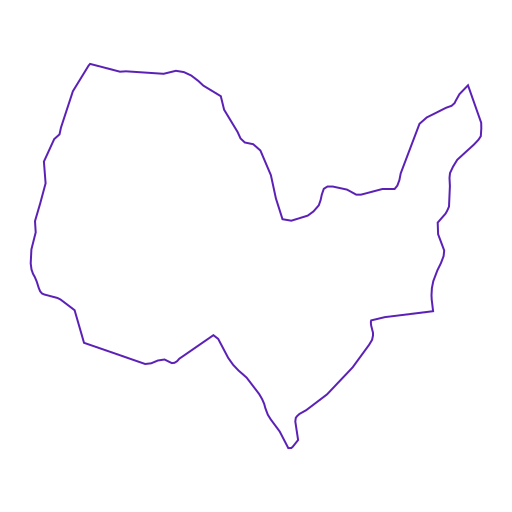 the Province of Kabul
{"feature_id": "AFG-1767", "entity_name": "Kabul", "entity_type": "Province", "adm_level": 1, "iso_a3": "AFG", "parent_name": "Afghanistan", "parent_adm1": "", "projection": "natural_earth1", "projection_center": [69.432, 34.519], "detail": "fine", "context": "isolated", "style": "outline", "palette": "violet", "viewbox_px": 512, "rotation_deg": 0, "n_neighbors": 0, "source": "natural_earth", "source_scale": "10m", "svg_char_len": 1706}
<svg xmlns="http://www.w3.org/2000/svg" viewBox="0 0 512 512"><path d="M468.0,85.3L481.2,122.8L481.3,128.6L480.8,136.2L478.5,139.7L474.1,144.4L457.3,159.7L453.0,166.7L450.0,173.1L449.5,177.9L449.9,186.0L449.0,206.6L447.1,210.9L445.5,213.7L437.7,222.6L438.1,234.2L444.2,250.5L443.6,256.1L440.9,263.2L437.4,270.3L433.3,281.1L431.9,288.1L431.5,295.2L431.7,299.5L433.1,311.2L385.0,317.1L371.2,320.4L370.9,321.5L370.9,323.3L371.2,325.7L373.0,332.8L373.0,335.5L372.1,339.8L369.1,344.8L352.6,367.4L327.0,394.4L306.3,410.1L299.5,413.9L297.1,416.1L295.8,417.8L295.3,421.5L298.1,440.0L292.7,446.8L291.3,448.0L288.3,448.1L279.7,431.5L270.8,419.5L267.8,414.7L265.3,408.0L264.2,403.9L262.1,399.1L259.2,394.1L246.6,377.6L238.5,370.5L233.1,364.8L228.2,357.9L218.2,338.9L213.4,335.2L179.3,358.7L177.1,361.2L174.5,362.8L171.8,363.1L164.5,359.5L157.9,360.5L151.2,363.3L145.2,364.0L84.0,342.8L81.8,335.1L74.6,310.2L60.5,299.5L57.5,298.0L44.3,294.5L42.0,293.5L40.2,291.4L38.8,288.1L36.7,281.5L34.8,277.0L33.0,273.8L31.5,269.5L30.7,263.4L31.4,249.4L35.7,232.4L35.0,221.1L40.2,203.4L45.6,183.3L43.9,161.6L54.2,139.1L59.5,134.4L61.0,127.5L72.9,91.2L88.6,65.6L90.1,63.9L120.0,71.7L126.0,71.3L163.6,73.8L175.9,70.8L183.9,72.1L191.2,75.5L198.5,81.1L203.3,85.6L220.8,96.2L224.1,109.7L237.6,132.0L240.5,138.4L244.8,142.5L253.2,144.2L260.4,150.5L270.9,175.2L275.9,198.4L282.5,219.2L291.3,220.7L307.8,215.6L313.5,211.4L318.8,205.3L320.6,200.1L321.8,194.6L323.8,188.8L327.5,186.5L332.6,186.5L347.0,189.6L356.3,194.7L360.8,194.7L382.4,189.0L394.6,189.0L397.3,185.7L399.4,180.1L400.7,173.4L419.5,123.8L426.8,117.4L446.0,107.8L451.6,105.8L454.6,103.1L455.6,101.0L459.4,94.2L468.0,85.3Z" fill="none" stroke="#5b21b6" stroke-width="2"/></svg>